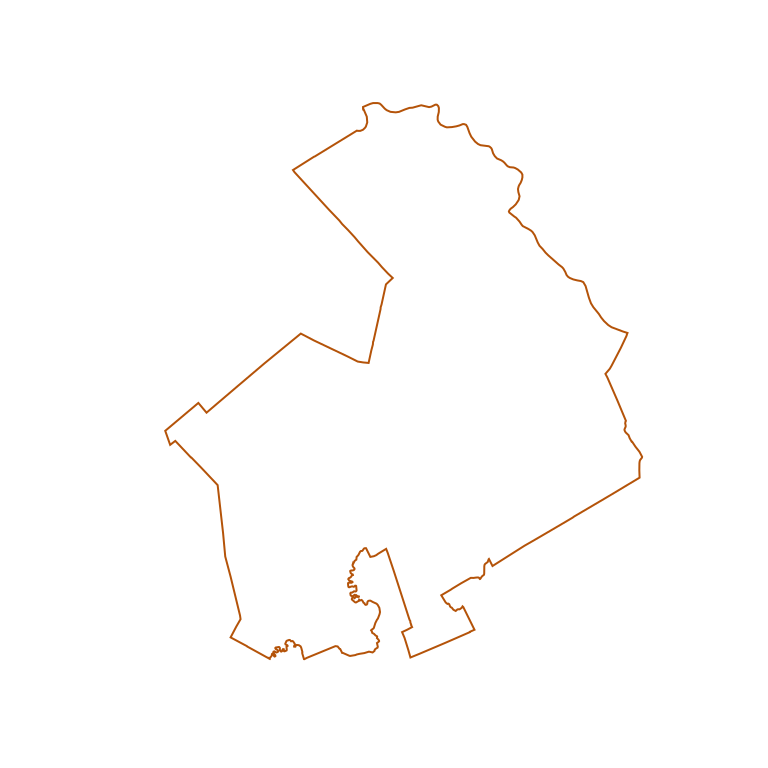 Sacosu Turcesc, Timis, Romania (Mercator projection), rotated 66°
{"feature_id": "2599482B45296566917183", "entity_name": "Sacosu Turcesc", "entity_type": "district", "adm_level": 2, "iso_a3": "ROU", "parent_name": "Romania", "parent_adm1": "Timis", "projection": "mercator", "projection_center": [21.404, 45.631], "detail": "fine", "context": "isolated", "style": "outline", "palette": "amber", "viewbox_px": 768, "rotation_deg": 66, "n_neighbors": 0, "source": "geoboundaries", "source_scale": "gbopen_adm2", "svg_char_len": 6141}
<svg xmlns="http://www.w3.org/2000/svg" viewBox="0 0 768 768"><g transform="rotate(66 384 384)"><path d="M588.4,600.0L587.7,599.6L587.1,598.1L586.4,596.9L585.4,596.4L585.1,596.2L585.0,595.8L585.1,595.4L585.6,595.0L588.0,595.1L588.5,594.8L588.5,594.0L587.7,593.6L584.8,594.3L584.1,594.3L583.6,593.8L583.6,593.0L585.5,591.5L585.6,590.6L585.5,589.8L585.0,589.3L583.8,589.4L582.4,590.5L581.5,590.8L580.9,590.6L580.7,590.1L581.5,587.0L581.8,586.7L582.7,586.5L585.0,587.4L586.4,587.0L586.7,586.6L586.6,585.9L585.5,584.9L585.1,584.0L585.6,583.4L587.2,584.1L587.6,583.9L587.8,583.4L587.8,581.4L587.4,581.0L584.3,579.9L584.1,578.6L583.8,578.5L583.3,578.6L581.9,579.9L581.1,579.8L579.2,577.7L579.0,576.6L579.2,575.9L579.2,574.8L579.6,574.1L581.3,573.5L581.4,572.4L582.2,571.7L585.0,571.2L585.7,571.3L586.9,572.8L587.4,572.9L587.9,571.8L586.8,570.6L586.9,569.8L588.0,568.0L589.8,566.9L591.4,566.9L595.8,567.6L596.3,568.1L597.4,568.3L602.8,569.0L603.0,568.7L602.8,565.8L603.7,535.0L604.9,533.1L607.9,532.3L608.3,531.8L612.7,531.6L612.9,531.0L618.3,526.1L618.7,525.4L620.0,520.4L620.0,518.9L620.6,515.9L621.8,511.5L622.4,506.6L624.6,503.6L624.0,501.3L623.0,500.5L622.6,499.7L622.2,497.1L621.4,496.5L617.8,495.8L617.3,493.7L617.0,493.1L616.4,492.9L615.1,493.1L613.2,493.8L612.1,493.0L611.6,493.0L610.3,494.0L608.3,494.7L606.5,496.0L605.0,495.7L603.8,496.0L603.5,495.5L603.1,493.3L602.7,492.5L598.8,489.1L596.5,486.3L595.8,485.0L594.6,483.8L592.5,481.7L590.7,480.4L586.6,479.3L583.1,479.6L581.6,480.2L578.6,482.9L576.4,484.5L575.9,485.6L575.8,486.7L576.5,487.9L578.0,488.7L578.5,489.6L578.4,490.1L578.2,490.7L577.4,491.1L576.4,491.0L575.5,491.7L573.5,491.8L572.2,492.3L572.1,493.5L571.8,493.9L570.9,494.4L572.0,495.3L571.9,496.1L572.2,498.3L572.0,498.8L571.5,499.3L567.8,501.0L567.4,500.9L566.5,500.1L566.2,499.5L566.2,499.0L566.7,498.4L567.7,498.2L567.7,497.8L567.0,496.9L566.9,496.4L568.1,494.1L568.1,493.4L567.9,493.3L566.7,494.8L565.6,495.2L565.3,496.0L564.7,496.4L564.6,496.8L565.1,498.2L565.1,498.9L564.5,499.8L563.9,500.3L563.3,500.4L561.5,499.9L561.1,499.2L561.6,497.8L561.2,495.6L561.9,494.6L562.0,494.2L561.9,493.6L561.4,493.0L557.2,491.6L556.9,491.7L556.5,492.4L557.0,493.8L556.9,494.2L556.0,495.2L555.7,496.3L555.6,498.3L555.2,498.9L554.7,499.0L553.6,498.7L551.8,498.1L551.2,497.6L551.2,496.8L551.7,496.0L552.4,494.4L552.1,493.3L551.6,493.4L550.0,495.2L549.1,495.8L547.7,496.0L547.1,495.2L547.1,493.9L546.9,492.9L545.8,491.1L545.9,490.1L545.3,490.0L544.6,490.7L543.1,491.3L541.5,491.1L541.0,490.8L541.0,489.9L541.6,488.4L541.7,487.4L541.6,487.0L541.0,486.1L540.2,486.0L538.8,486.5L537.6,486.6L536.6,486.4L535.0,485.0L535.4,484.9L533.6,482.7L533.2,480.7L530.9,479.4L529.8,476.9L527.5,474.1L527.2,473.1L527.6,471.8L527.5,471.4L526.2,469.3L526.2,468.3L526.7,467.2L536.4,466.8L537.2,463.3L537.2,460.6L536.7,458.5L535.5,449.1L539.9,449.3L558.6,451.1L606.9,456.3L610.0,456.6L611.2,456.4L612.6,456.9L615.3,457.1L615.5,457.3L617.5,457.2L617.9,462.6L618.0,468.4L624.4,468.5L637.1,470.0L644.6,471.1L644.9,461.6L645.4,433.2L645.6,406.4L645.3,406.3L645.3,401.3L620.0,402.3L619.1,402.7L620.0,403.9L620.5,406.1L620.5,406.9L620.1,407.5L619.8,408.6L620.5,410.8L619.0,412.0L618.2,412.5L616.0,413.0L614.9,413.9L613.9,414.1L611.7,414.0L610.8,414.6L610.7,415.5L608.7,416.5L600.3,417.6L599.1,406.9L598.7,404.8L597.4,394.5L596.4,383.6L597.6,381.0L598.4,378.2L599.1,376.6L599.7,376.0L601.0,375.8L601.2,375.7L601.2,375.4L599.6,372.8L598.9,370.2L597.8,369.5L591.3,366.5L590.1,365.7L589.5,364.8L588.8,361.7L586.6,359.6L586.5,359.3L594.4,358.9L588.9,321.5L587.0,303.3L583.3,270.3L582.8,266.0L582.4,264.3L577.9,224.7L573.5,188.6L566.8,185.9L560.1,182.8L558.5,181.8L557.6,180.9L556.2,178.3L555.5,177.8L549.8,178.2L543.5,179.8L537.6,180.8L537.5,181.2L533.5,181.6L530.2,181.4L526.6,182.9L525.2,183.1L523.7,183.0L522.8,182.3L521.3,180.6L519.9,180.0L518.1,179.7L516.6,178.7L516.1,178.0L494.1,177.5L468.8,177.3L464.8,177.6L461.9,171.5L459.8,168.6L447.2,152.8L438.4,142.6L437.8,142.2L436.4,140.8L433.2,144.4L424.7,153.0L421.3,155.2L416.0,157.4L411.5,158.6L407.5,159.2L399.0,161.5L394.5,162.1L388.5,161.7L376.5,160.0L372.0,160.5L370.0,162.3L367.9,165.4L365.4,168.6L362.6,171.2L360.8,172.3L358.6,172.9L355.5,172.8L351.5,173.2L349.7,173.8L345.8,175.9L333.3,181.6L329.7,183.0L325.1,184.2L321.0,185.7L317.2,186.0L309.5,185.8L305.5,186.5L303.7,187.3L301.3,188.9L296.2,193.0L294.4,193.5L290.8,194.1L285.8,195.7L284.1,196.8L278.3,199.8L277.1,199.7L276.2,198.6L275.4,197.0L274.8,194.2L273.5,190.6L270.8,186.3L270.3,185.8L267.6,183.8L263.3,183.2L260.4,182.3L258.2,180.6L256.9,179.1L256.2,177.9L255.0,176.5L253.5,175.0L251.5,173.5L249.0,172.4L246.6,172.6L242.5,174.5L240.1,176.3L238.9,177.6L237.1,180.9L235.6,182.3L234.4,182.9L230.7,184.0L228.8,184.9L227.1,186.1L224.0,189.0L221.0,190.1L219.4,190.3L217.6,190.5L213.5,190.0L212.1,190.1L210.3,190.9L209.4,191.6L205.1,198.7L203.0,200.5L199.6,202.2L193.6,203.7L189.6,203.8L183.0,203.3L180.6,203.6L179.1,205.2L178.6,206.4L178.5,209.9L178.0,213.2L176.9,217.5L175.1,222.2L173.8,223.7L170.1,226.8L166.3,227.7L164.4,227.5L161.6,226.2L157.8,223.3L154.2,221.6L152.2,221.4L150.4,222.1L150.1,222.5L149.7,223.5L149.9,227.8L149.4,230.2L144.6,236.5L144.4,237.3L143.2,245.5L142.1,248.5L141.7,253.2L141.5,259.6L140.6,262.8L138.0,267.4L134.9,270.2L132.8,271.3L127.8,273.0L126.0,273.9L124.8,275.5L122.9,279.8L122.5,282.5L122.4,290.5L124.3,291.3L125.0,291.3L125.0,290.9L132.8,291.0L138.2,292.9L141.5,295.9L142.3,297.3L143.2,299.8L143.1,302.7L142.1,305.0L141.5,305.7L148.0,354.8L147.9,355.4L151.5,380.1L154.1,379.6L202.6,363.3L216.5,358.3L220.8,357.2L228.8,354.2L238.0,351.1L243.0,349.7L256.9,345.3L270.9,340.0L276.3,338.4L284.8,335.4L290.7,332.9L293.8,341.7L310.5,354.0L312.5,355.8L314.2,356.7L340.3,376.0L341.0,376.8L343.4,378.1L348.0,381.8L358.5,389.5L355.8,394.3L352.8,398.9L344.0,406.1L315.7,430.3L304.1,439.5L316.5,484.7L326.4,518.5L338.0,557.8L325.8,561.3L337.8,602.9L352.6,604.1L351.1,597.8L372.5,590.3L372.5,590.1L373.1,589.8L385.9,585.1L408.7,577.1L454.9,591.7L477.0,599.2L497.6,602.5L537.0,609.7L540.5,610.7L545.6,617.7L553.1,627.2L567.8,615.8L568.1,615.8L588.0,600.7L587.7,600.6L588.4,600.0Z" fill="none" stroke="#b45309" stroke-width="2"/></g></svg>